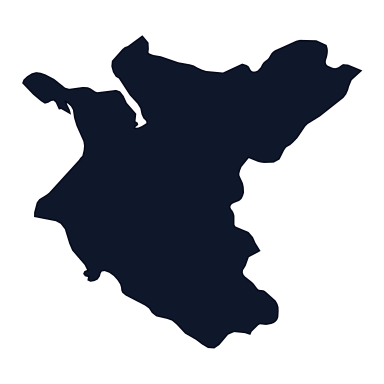 SVG path tracing the border of Bheri
{"feature_id": "NPL-1124", "entity_name": "Bheri", "entity_type": "District", "adm_level": 1, "iso_a3": "NPL", "parent_name": "Nepal", "parent_adm1": "", "projection": "mercator", "projection_center": [81.774, 28.487], "detail": "fine", "context": "isolated", "style": "filled", "palette": "ink", "viewbox_px": 384, "rotation_deg": 0, "n_neighbors": 0, "source": "natural_earth", "source_scale": "10m", "svg_char_len": 3027}
<svg xmlns="http://www.w3.org/2000/svg" viewBox="0 0 384 384"><path d="M249.9,334.0L245.0,332.4L234.0,331.3L227.6,334.1L219.0,344.3L214.1,347.7L208.2,347.3L202.2,343.7L196.3,339.2L185.5,333.0L177.0,323.9L172.4,320.0L167.4,318.2L156.6,315.7L152.4,312.4L149.5,307.9L145.2,304.8L126.2,295.0L122.9,292.3L122.0,290.1L121.8,287.5L120.8,284.0L118.0,279.6L114.2,275.4L109.6,272.1L104.7,270.3L101.4,270.8L100.0,273.0L99.2,276.0L97.2,278.9L94.1,280.4L90.5,281.0L88.2,279.9L88.9,276.5L85.4,275.6L84.0,273.7L84.9,271.7L88.1,270.4L85.2,264.5L72.8,250.1L69.9,243.3L65.5,228.9L61.1,223.2L56.1,220.5L34.8,216.4L34.9,212.4L37.4,202.9L39.8,199.7L46.9,195.3L49.5,193.3L79.5,160.4L80.9,158.3L83.0,156.2L84.3,150.7L84.8,145.8L84.1,141.2L77.1,125.5L74.8,117.8L73.6,109.6L71.5,105.9L68.6,103.2L65.5,101.5L66.4,104.6L69.1,110.1L69.9,113.2L61.2,108.2L59.3,108.7L56.4,102.2L53.8,99.8L50.9,100.3L48.1,102.0L45.0,102.9L41.5,100.7L33.6,94.1L23.0,83.0L24.1,80.1L27.6,76.8L32.1,74.0L36.3,72.9L40.6,73.5L45.2,75.1L53.8,79.6L64.8,88.4L69.2,89.6L83.0,87.7L87.7,88.0L90.1,89.0L95.1,92.3L97.2,93.0L116.0,90.7L119.6,92.0L123.0,96.3L126.2,103.3L135.5,114.0L134.7,121.7L137.1,123.2L137.4,124.6L134.7,126.7L134.7,128.4L136.9,128.5L138.7,128.2L142.2,126.7L147.3,123.5L146.8,120.7L143.9,117.8L142.2,114.0L141.0,108.1L138.0,103.2L130.3,94.8L119.3,77.9L116.3,76.2L113.6,71.8L112.1,66.3L112.6,61.2L122.8,49.7L125.1,47.8L128.2,46.7L142.3,36.3L147.8,42.9L148.1,49.0L147.8,51.4L147.8,53.1L149.2,54.2L153.1,55.7L160.7,57.0L178.2,63.0L189.9,65.1L193.6,66.2L196.8,68.1L201.6,70.3L205.9,71.7L223.1,73.3L242.3,64.4L246.6,65.8L247.5,66.6L248.1,66.9L248.3,67.1L249.6,69.7L250.8,71.3L252.8,72.4L255.6,72.2L258.1,71.2L261.4,67.6L262.7,64.9L264.0,63.0L265.7,61.5L267.8,60.0L269.3,58.4L271.8,54.1L273.3,52.4L275.4,50.9L296.6,41.4L300.0,40.6L316.2,41.0L326.0,45.5L326.9,48.5L327.1,50.6L327.0,53.0L326.6,55.3L326.2,57.1L325.6,58.8L325.0,61.3L325.1,62.8L325.5,64.3L326.4,65.6L327.7,66.5L332.1,68.4L333.9,68.9L335.8,68.9L338.3,68.1L340.0,67.1L341.0,66.3L343.2,64.9L347.9,65.3L361.0,70.7L351.1,79.7L348.4,86.2L347.5,89.6L345.6,93.9L343.0,97.3L319.6,115.8L307.2,123.5L304.8,125.9L296.9,137.5L292.6,142.0L289.9,144.4L286.0,146.6L284.7,148.1L283.4,150.1L279.0,158.9L273.5,161.9L264.2,162.2L261.0,161.8L258.1,161.1L248.5,157.2L240.9,166.5L239.4,170.2L238.5,173.9L238.8,176.0L242.2,183.4L243.0,187.1L243.3,192.4L242.4,195.5L241.1,198.2L239.7,199.6L238.7,200.3L233.4,202.4L231.4,203.5L229.9,205.5L229.6,207.3L230.4,209.4L231.7,210.9L232.9,213.1L233.7,215.9L233.7,224.9L235.0,227.1L248.1,232.6L252.4,237.6L254.8,243.1L259.5,250.7L248.2,256.7L245.1,265.4L242.3,270.0L242.0,272.3L242.8,274.9L244.5,277.0L251.2,282.3L253.0,284.0L256.6,288.8L258.0,290.2L259.9,290.7L261.6,290.8L263.6,291.1L265.3,292.3L275.1,301.1L276.9,304.3L277.8,307.4L277.9,311.3L277.6,316.6L277.3,317.8L276.8,319.0L276.1,320.1L274.8,321.4L273.5,322.3L271.3,323.2L266.8,324.1L265.0,324.1L260.9,323.6L259.8,323.6L258.6,324.1L257.6,324.8L251.0,331.3L249.9,334.0L249.9,334.0Z" fill="#0f172a" stroke="#020617" stroke-width="1.5"/></svg>